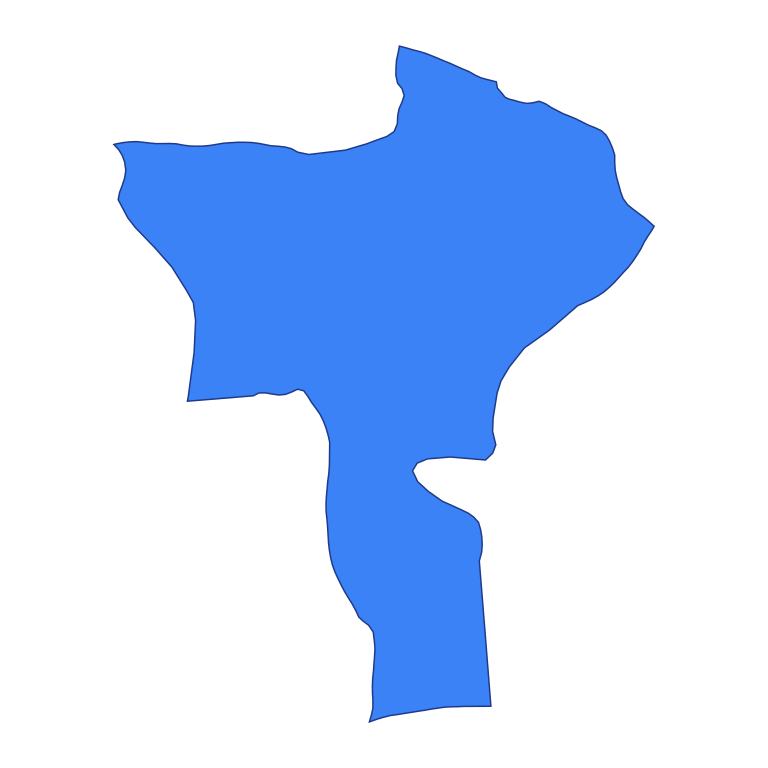 the district of Ar Rawdah, Shabwah, Yemen
{"feature_id": "15242507B21642495199859", "entity_name": "Ar Rawdah", "entity_type": "district", "adm_level": 2, "iso_a3": "YEM", "parent_name": "Yemen", "parent_adm1": "Shabwah", "projection": "natural_earth1", "projection_center": [47.316, 14.501], "detail": "fine", "context": "isolated", "style": "filled", "palette": "blue", "viewbox_px": 768, "rotation_deg": 0, "n_neighbors": 0, "source": "geoboundaries", "source_scale": "gbopen_adm2", "svg_char_len": 3236}
<svg xmlns="http://www.w3.org/2000/svg" viewBox="0 0 768 768"><path d="M187.5,401.2L253.2,395.8L259.1,392.9L265.7,392.9L272.4,394.1L278.9,395.0L285.3,394.4L291.5,392.1L297.6,389.2L303.8,390.8L308.0,396.6L311.6,402.5L315.8,408.2L320.0,414.2L323.4,421.0L326.0,427.9L328.2,435.4L329.7,442.4L329.6,449.9L329.5,457.2L329.4,465.0L328.8,473.7L327.7,481.7L327.1,488.9L326.4,496.5L326.0,503.8L326.1,511.5L327.0,519.5L327.6,527.0L328.1,535.2L328.5,542.5L329.3,549.7L330.6,557.4L332.4,564.9L334.9,571.8L337.9,578.4L341.3,585.3L344.6,591.6L348.3,597.7L352.1,603.8L355.6,610.2L358.8,617.1L363.2,621.2L368.6,625.2L373.2,632.0L374.3,640.6L375.0,648.3L374.6,655.6L374.0,663.5L373.5,670.9L372.7,678.6L372.4,685.9L372.5,693.2L372.9,699.0L372.9,708.3L371.4,715.0L369.4,721.9L370.3,721.6L376.9,719.2L383.7,717.2L390.4,715.5L397.1,714.6L404.5,713.4L411.6,712.3L418.3,711.2L424.5,710.3L431.1,709.1L437.4,708.2L444.2,707.2L450.7,706.8L457.2,706.7L464.3,706.4L470.8,706.4L477.2,706.3L484.5,706.3L490.9,706.2L485.2,634.0L479.3,560.9L479.8,559.2L481.7,551.9L482.2,544.6L481.8,536.8L480.6,529.6L478.5,522.4L473.7,517.1L468.3,513.2L461.5,509.9L441.9,501.0L428.3,491.4L417.7,481.7L412.5,470.8L417.2,463.1L427.4,458.9L450.2,457.0L468.0,458.5L485.5,460.0L492.7,453.1L495.8,444.9L492.6,431.4L493.1,418.1L497.1,393.0L501.0,380.9L506.7,371.3L509.5,366.7L524.4,347.9L549.6,330.0L577.7,305.6L579.2,305.0L585.5,302.2L591.9,299.3L598.1,295.8L603.7,292.1L609.5,287.1L614.4,282.4L619.0,277.3L623.7,272.1L628.4,267.1L633.0,261.1L636.9,255.2L640.7,249.2L644.1,242.3L647.8,236.3L651.9,230.2L654.1,226.3L654.1,226.2L653.9,226.1L648.9,221.5L643.8,217.2L642.0,215.9L638.3,213.2L633.6,209.6L632.9,209.1L627.5,204.7L623.2,198.7L622.5,197.0L620.7,192.1L620.0,189.5L618.7,184.7L617.2,179.4L616.7,177.7L615.6,172.3L615.2,170.4L614.7,162.4L614.7,159.7L614.7,155.1L612.5,148.1L609.5,141.1L606.0,135.0L601.9,131.3L600.9,130.5L594.5,127.5L590.5,126.0L588.5,125.2L586.5,124.2L582.0,121.9L575.7,118.8L569.3,116.1L568.8,115.9L563.3,113.8L558.7,111.4L557.5,110.8L551.2,107.5L545.5,103.8L545.2,103.7L543.6,103.0L539.2,101.3L538.8,101.3L532.9,102.8L530.2,103.1L526.4,103.4L524.0,102.9L520.1,102.1L515.3,100.7L513.8,100.3L509.0,99.1L505.0,97.2L501.8,93.2L497.4,88.0L496.3,81.8L487.8,79.7L481.1,77.9L475.9,75.5L475.1,75.1L469.2,71.7L462.5,68.9L456.6,66.3L450.3,63.4L444.2,61.0L437.9,58.3L431.8,55.8L425.6,53.4L419.4,51.5L413.0,49.9L406.3,47.9L399.4,46.1L398.2,52.5L396.5,60.2L396.0,67.8L395.9,75.6L397.6,83.3L402.0,88.6L404.2,95.6L401.9,102.4L399.0,108.9L397.7,116.0L397.3,123.9L394.1,131.6L386.8,136.5L376.9,140.0L366.5,143.9L345.6,150.1L308.9,154.5L297.8,152.2L291.4,148.7L285.0,147.0L277.6,146.2L271.1,145.8L264.5,144.5L258.2,143.3L251.2,142.5L244.5,142.3L237.4,142.3L230.6,142.7L223.6,143.2L216.9,144.3L210.3,145.4L203.4,146.1L196.3,146.2L189.5,146.0L183.0,145.1L176.2,143.8L169.3,143.5L162.0,143.6L155.5,143.6L149.1,143.0L142.7,142.2L136.2,141.6L129.2,141.9L122.6,142.7L116.2,143.9L113.9,144.5L118.6,149.5L122.3,155.5L124.7,162.2L125.8,170.4L124.7,177.8L122.3,185.3L119.6,192.4L118.2,199.7L127.8,217.8L135.2,227.4L154.6,247.5L171.9,267.1L186.3,290.1L193.3,302.5L195.6,320.5L194.1,352.8L193.7,355.7L188.3,396.4L187.4,401.2L187.5,401.2Z" fill="#3b82f6" stroke="#1e3a8a" stroke-width="1.5"/></svg>